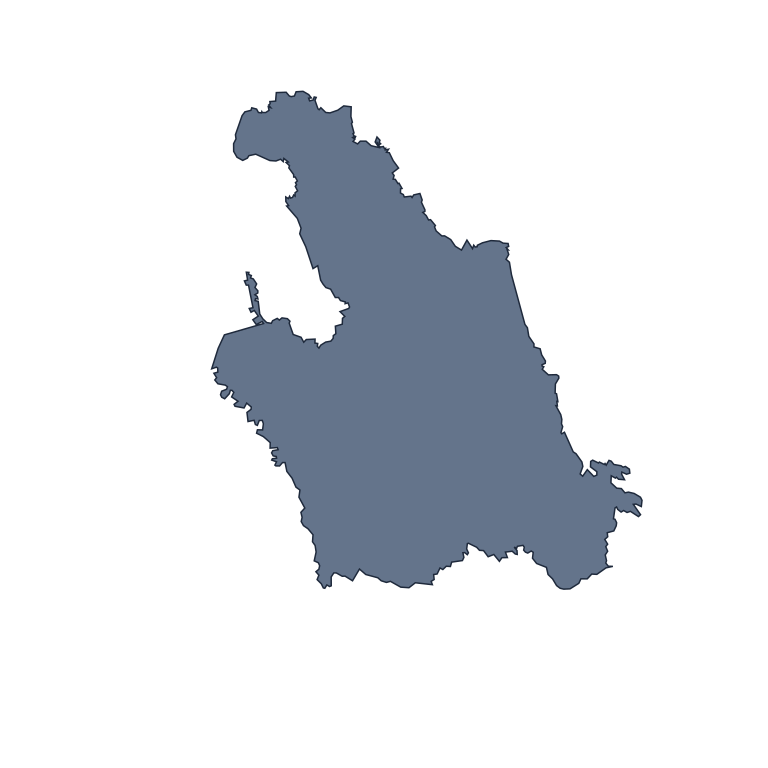 Demak, Jawa Tengah, Indonesia (Equal Earth projection), rotated 135°
{"feature_id": "22746128B71519500232359", "entity_name": "Demak", "entity_type": "district", "adm_level": 2, "iso_a3": "IDN", "parent_name": "Indonesia", "parent_adm1": "Jawa Tengah", "projection": "equal_earth", "projection_center": [110.607, -6.923], "detail": "fine", "context": "isolated", "style": "filled", "palette": "slate", "viewbox_px": 768, "rotation_deg": 135, "n_neighbors": 0, "source": "geoboundaries", "source_scale": "gbopen_adm2", "svg_char_len": 6167}
<svg xmlns="http://www.w3.org/2000/svg" viewBox="0 0 768 768"><g transform="rotate(135 384 384)"><path d="M491.7,207.9L490.2,211.1L486.8,210.3L483.6,214.2L480.8,212.1L474.5,214.3L473.6,211.2L468.8,211.1L466.1,208.0L462.1,210.2L453.4,203.7L450.1,204.9L447.5,208.9L446.2,207.8L445.8,204.4L443.7,204.9L442.2,208.9L437.9,212.2L436.9,211.7L433.9,203.0L434.1,198.9L431.4,195.8L432.5,188.2L426.9,185.8L427.8,177.0L423.4,177.8L419.5,174.0L417.0,179.3L411.6,175.1L411.4,171.0L410.3,169.3L407.7,172.2L407.3,176.6L406.3,174.1L404.4,174.9L399.8,171.6L400.2,169.4L402.7,167.8L402.9,165.1L401.9,162.8L398.0,161.8L397.5,159.5L402.2,155.8L403.0,149.2L398.8,139.5L402.7,133.3L402.6,127.0L404.5,119.4L403.9,115.0L402.0,111.9L397.3,107.6L387.2,105.3L382.5,107.0L378.1,102.5L371.5,102.7L368.1,98.9L357.0,97.0L351.1,93.2L354.2,96.5L353.8,100.6L351.6,101.7L348.4,106.7L344.1,107.6L342.2,112.2L339.1,112.6L337.8,118.0L333.8,117.8L331.3,121.0L325.4,117.6L320.1,119.5L317.6,121.4L316.3,125.0L317.1,126.4L308.3,133.0L306.5,132.6L307.4,130.1L306.9,125.8L304.0,125.1L303.0,121.3L299.8,119.7L297.8,110.3L295.0,110.2L292.8,122.6L290.7,120.9L288.7,115.4L283.8,119.3L282.7,122.6L284.5,129.7L287.6,134.7L290.6,136.7L290.1,142.2L293.1,145.8L293.4,153.7L288.2,158.4L286.9,153.8L285.5,153.7L285.5,150.8L281.6,146.2L279.7,152.3L278.1,153.5L276.3,148.7L273.2,147.1L270.7,150.3L271.6,155.0L273.8,156.2L274.2,158.6L278.4,164.6L277.9,168.7L278.9,170.9L284.3,169.5L283.9,171.5L285.1,171.3L286.9,176.5L288.2,176.5L290.3,182.6L292.6,183.1L296.6,179.4L295.5,171.5L297.9,169.1L301.0,170.3L300.8,179.7L308.7,178.3L308.9,181.7L301.7,185.1L299.2,188.9L297.5,198.9L298.2,202.2L290.5,222.3L293.5,223.1L293.3,224.5L287.8,227.5L286.7,230.3L283.3,233.2L280.7,237.3L277.8,247.1L276.9,245.9L274.1,249.5L273.5,248.6L268.9,255.1L269.5,256.5L262.8,262.8L256.2,264.5L254.9,266.1L255.4,268.6L261.3,274.2L261.7,282.5L258.8,283.2L259.5,285.0L258.6,285.9L255.4,284.6L253.6,286.1L251.9,293.1L248.7,298.5L251.8,304.2L249.6,306.3L247.9,315.3L242.8,322.4L242.2,326.5L216.6,371.1L209.2,381.4L209.5,385.9L204.2,387.4L201.9,392.0L201.3,391.1L201.1,394.1L198.6,393.1L196.9,395.6L200.2,399.4L201.3,403.4L207.0,409.8L214.5,414.2L219.9,416.1L221.1,415.2L222.7,416.4L222.4,418.7L225.7,417.1L223.6,427.1L234.5,423.9L236.2,430.9L234.7,438.9L236.4,445.9L238.4,447.8L238.9,455.3L237.2,459.4L235.6,459.7L234.9,467.3L236.5,468.5L235.1,473.1L235.2,477.9L233.1,477.1L231.9,478.2L229.0,486.1L226.9,487.1L223.9,493.3L229.3,496.7L232.3,496.0L232.1,497.7L237.4,501.9L236.4,504.3L237.3,507.4L234.3,510.3L233.0,509.5L231.4,515.4L232.4,515.8L231.3,520.7L232.7,522.4L229.4,524.3L228.9,527.4L221.0,526.4L219.6,535.4L216.7,543.8L218.4,546.1L214.8,546.8L217.5,548.6L216.2,549.5L217.2,550.1L216.5,552.4L218.9,554.0L219.5,557.5L218.2,559.0L218.4,556.7L216.5,556.2L216.5,558.2L214.5,559.2L214.3,563.6L219.1,561.4L220.3,554.7L224.6,561.6L225.0,568.4L229.1,572.5L232.9,572.4L234.4,577.4L231.5,577.7L231.9,580.5L230.5,580.0L230.8,578.4L229.0,579.1L229.8,580.8L228.8,583.0L227.7,582.7L222.8,591.2L221.3,591.4L218.3,596.5L211.2,603.2L215.8,609.1L223.1,610.3L230.5,613.9L233.2,617.2L233.3,624.0L235.9,623.8L236.1,625.3L232.2,633.4L229.3,634.6L230.4,636.3L233.3,634.9L236.4,636.8L235.2,639.4L233.1,637.7L232.6,641.9L234.3,648.2L239.5,652.8L243.7,651.0L246.4,652.8L247.3,654.6L246.9,659.5L254.1,666.2L260.6,660.7L265.0,664.4L266.3,662.7L268.3,662.8L268.7,659.6L269.8,661.8L271.8,658.8L275.7,659.6L278.1,662.0L277.8,663.0L279.0,662.4L280.8,664.8L279.7,668.5L282.2,672.8L284.6,671.6L289.9,674.8L294.6,674.1L312.8,665.3L315.3,662.0L320.4,660.3L325.8,654.8L327.6,648.3L325.8,642.0L320.9,640.3L318.1,641.0L312.2,637.2L306.7,622.7L302.7,618.1L298.2,616.1L298.0,612.5L295.3,614.3L294.7,608.7L296.6,609.9L296.5,605.2L298.5,604.1L299.8,596.0L301.5,594.2L300.4,593.1L301.7,588.8L304.2,589.0L305.0,586.7L307.0,586.5L308.5,581.7L311.7,582.1L314.0,579.8L314.2,581.5L316.8,580.6L318.7,581.6L318.0,583.5L320.5,582.7L321.2,585.7L324.4,582.4L325.3,577.6L327.0,578.7L328.2,562.4L332.5,552.8L337.4,549.8L342.3,536.3L352.6,515.8L347.2,514.5L355.4,502.2L356.5,497.6L356.9,493.3L354.7,488.8L357.3,479.6L355.0,477.3L355.8,473.8L353.3,469.4L354.7,468.3L352.1,466.8L353.9,462.8L355.6,462.4L363.9,466.3L363.9,459.5L366.9,459.8L371.2,455.8L377.5,459.3L382.5,453.6L385.6,454.1L387.7,452.2L391.3,451.9L395.6,454.9L401.3,456.2L404.6,455.4L404.5,457.8L402.2,459.5L403.9,461.8L401.0,464.5L407.5,470.4L411.2,470.3L409.6,475.7L413.2,483.2L408.0,494.1L406.1,494.9L406.1,498.5L409.4,502.9L412.8,503.2L413.1,505.9L418.0,507.5L420.8,506.6L423.5,510.4L423.6,515.8L422.4,521.3L414.5,531.4L416.2,534.2L414.5,535.2L413.0,533.3L411.7,535.5L412.2,538.4L408.9,537.6L407.3,539.1L407.0,543.5L403.3,544.8L402.1,550.7L403.4,553.4L401.1,554.5L402.3,557.3L400.6,558.4L402.3,560.4L407.0,553.9L409.8,555.6L411.5,551.3L409.9,549.7L422.7,530.6L425.9,532.7L427.3,528.8L423.7,527.7L424.9,520.9L431.3,522.2L432.3,516.3L425.9,514.4L426.4,511.9L462.1,531.6L476.0,526.5L495.1,516.6L490.6,514.4L490.3,512.9L493.1,509.9L496.7,511.9L497.9,506.8L500.8,506.5L501.3,501.6L497.0,495.4L496.6,492.8L499.0,491.6L503.9,493.7L507.2,492.0L508.1,489.4L507.1,486.2L500.2,486.5L497.1,488.2L496.0,487.0L496.1,484.3L500.9,482.6L499.4,475.0L504.4,475.6L505.1,473.6L499.9,466.0L494.6,467.6L494.1,461.6L495.9,460.1L501.0,460.8L506.7,453.6L501.5,450.2L503.6,446.3L502.8,444.3L498.0,446.4L495.8,444.3L497.4,441.2L502.3,437.4L505.9,441.1L508.9,439.3L506.5,432.1L505.9,423.0L509.9,419.2L504.4,414.5L505.3,412.4L509.8,415.5L512.2,414.8L513.2,411.5L511.4,408.9L512.4,407.5L515.8,410.1L517.2,409.6L515.0,405.0L518.5,403.8L518.4,402.6L515.8,399.9L511.3,400.2L509.5,398.4L514.5,390.9L515.6,382.4L519.2,373.3L518.4,368.5L524.2,364.1L527.7,352.3L533.5,352.0L536.2,347.6L539.8,345.3L541.1,340.8L540.1,335.4L540.8,327.6L546.1,323.0L546.9,318.5L550.8,313.2L558.4,308.3L556.8,304.0L558.0,301.0L561.0,299.1L564.9,299.4L565.2,294.9L569.6,293.0L569.6,287.1L571.1,282.7L570.3,281.4L566.5,282.3L565.7,279.3L564.0,278.6L557.8,284.9L553.1,285.9L551.3,284.1L549.5,277.6L547.4,275.7L545.4,267.1L532.2,270.5L531.6,262.2L525.4,251.4L525.1,246.8L522.6,242.0L519.0,239.9L515.8,228.5L510.4,222.3L502.4,221.3L491.7,207.9Z" fill="#64748b" stroke="#1e293b" stroke-width="1.5"/></g></svg>